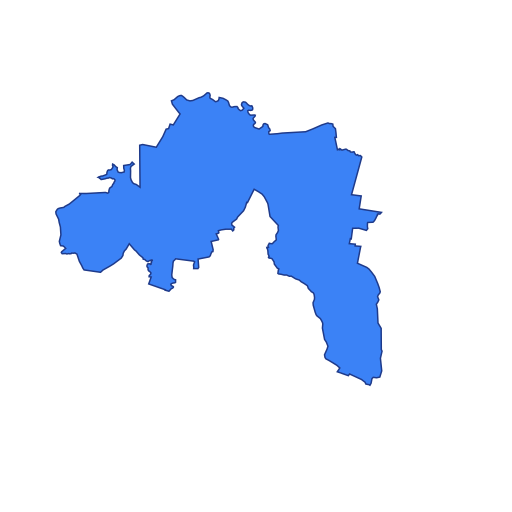 outline of Sebis, Arad, Romania, rotated 139°
{"feature_id": "2599482B59578062471496", "entity_name": "Sebis", "entity_type": "district", "adm_level": 2, "iso_a3": "ROU", "parent_name": "Romania", "parent_adm1": "Arad", "projection": "albers", "projection_center": [22.139, 46.413], "detail": "fine", "context": "isolated", "style": "filled", "palette": "blue", "viewbox_px": 512, "rotation_deg": 139, "n_neighbors": 0, "source": "geoboundaries", "source_scale": "gbopen_adm2", "svg_char_len": 6159}
<svg xmlns="http://www.w3.org/2000/svg" viewBox="0 0 512 512"><g transform="rotate(139 256 256)"><path d="M311.9,417.8L313.5,417.0L315.0,415.6L316.0,415.8L319.5,417.1L320.6,418.0L321.8,418.2L322.2,418.7L323.5,418.9L323.0,418.1L323.1,417.2L322.8,416.8L322.7,415.3L319.3,413.3L317.6,412.6L316.2,411.6L315.0,411.3L313.9,409.5L313.8,408.5L313.0,408.1L312.5,407.0L312.5,406.0L313.1,405.3L313.7,405.0L314.8,404.8L315.6,404.2L317.1,404.0L319.3,402.9L320.7,403.2L322.0,403.2L323.8,402.1L325.4,400.6L326.7,400.7L327.9,402.7L343.2,414.6L348.5,419.3L347.7,417.6L349.3,417.3L362.7,417.7L367.7,418.8L369.2,418.8L372.3,420.7L374.1,421.5L375.1,421.6L376.4,421.3L378.1,420.7L379.3,418.9L380.8,413.3L382.6,410.3L384.6,406.2L389.4,399.9L394.8,396.1L395.8,394.3L396.7,392.0L395.0,390.1L394.7,388.8L394.6,386.6L399.9,386.7L400.7,386.3L400.8,384.9L398.0,382.7L397.4,381.6L396.0,380.9L395.2,379.9L394.6,379.6L394.2,379.1L393.2,379.1L391.5,377.5L390.7,377.2L389.9,374.9L392.8,367.9L393.9,362.9L394.6,360.6L394.9,358.3L384.0,345.7L380.6,345.8L372.9,344.2L368.6,343.5L359.1,342.8L356.1,343.7L354.4,345.2L351.9,346.2L349.5,346.4L343.6,348.4L343.7,340.4L343.3,338.5L343.3,333.4L342.5,328.9L343.2,327.6L342.2,326.3L342.1,324.7L341.7,323.5L341.2,322.6L339.4,322.4L337.1,321.3L337.3,320.6L338.6,320.6L339.2,319.6L339.7,319.6L340.5,318.7L341.0,318.7L341.3,319.8L342.7,321.0L343.4,321.0L344.8,320.1L345.3,319.3L345.2,317.9L346.5,316.4L346.8,315.1L346.4,314.4L346.4,312.1L347.5,311.4L349.4,311.3L350.3,310.5L348.9,308.9L355.3,305.3L346.6,290.0L347.0,289.8L344.8,286.5L341.2,286.9L340.2,286.5L339.2,286.5L338.6,286.8L338.5,287.2L339.0,288.6L339.4,289.0L338.8,290.6L337.2,290.4L336.0,289.8L334.8,289.0L334.0,288.9L332.3,290.8L333.0,291.8L333.3,292.8L333.4,294.2L333.4,294.8L332.0,297.0L325.3,303.1L323.2,305.2L321.7,306.3L319.6,306.4L318.5,306.6L306.4,293.0L306.1,291.9L309.1,290.2L310.4,288.3L311.3,287.4L308.1,284.6L306.7,285.0L301.7,291.7L292.0,286.1L290.3,286.2L288.5,287.3L286.5,288.1L285.6,287.6L284.2,288.9L280.3,296.4L273.8,292.9L273.3,293.1L271.5,298.8L269.5,297.9L268.8,297.9L267.8,299.8L264.9,298.4L261.3,296.1L257.0,292.4L257.1,290.2L255.6,290.3L254.6,291.6L253.3,291.8L253.9,295.2L253.0,296.6L251.9,297.0L246.4,296.6L244.3,297.5L235.7,298.3L232.1,299.8L227.8,302.6L227.4,301.9L213.6,307.6L211.9,302.7L210.8,298.7L210.9,295.3L212.5,288.3L213.1,287.0L219.5,276.6L219.1,264.4L220.4,263.4L222.4,260.5L224.5,259.5L226.9,258.9L228.0,257.9L230.0,255.0L230.9,254.8L232.5,254.9L235.6,254.6L236.7,255.6L237.6,256.9L239.8,256.1L240.6,255.5L240.8,254.4L241.8,254.6L242.3,255.3L242.6,254.8L242.7,253.9L243.5,252.3L245.7,249.4L245.9,248.4L246.4,247.1L247.4,246.9L247.5,245.9L246.4,244.7L245.7,243.5L246.2,239.8L247.5,237.8L247.9,232.8L247.2,231.5L247.3,231.2L248.4,230.7L250.9,228.5L250.7,227.6L249.0,225.7L247.3,223.2L245.4,221.6L244.1,218.8L242.6,217.7L241.1,212.8L239.1,209.4L238.8,206.9L237.8,204.0L236.7,199.9L237.8,197.1L237.6,193.5L237.7,192.9L236.9,190.6L237.4,188.8L239.1,186.2L240.4,184.9L243.6,183.3L245.1,181.3L248.1,175.0L249.1,172.4L249.3,171.0L248.5,166.5L249.0,163.9L249.6,161.9L250.2,160.9L253.2,158.0L259.0,148.0L259.4,144.9L260.9,140.7L263.5,139.1L269.1,136.5L270.5,134.1L270.7,132.5L269.6,129.7L266.7,120.6L266.2,116.5L270.6,115.3L264.8,105.1L262.8,105.6L257.4,93.6L256.5,89.2L257.1,87.3L255.1,84.7L254.8,83.7L252.6,84.5L248.9,87.4L247.1,87.5L244.9,85.0L242.0,83.4L236.5,86.8L229.2,97.2L223.3,101.5L222.8,103.2L209.0,119.3L207.9,125.4L199.1,136.5L196.8,140.7L194.6,141.2L192.1,142.3L190.9,145.6L189.3,146.4L186.9,146.8L185.7,147.5L183.8,151.3L182.2,155.4L179.8,162.7L179.4,167.9L179.3,172.1L179.9,174.8L184.2,184.0L171.5,193.9L170.6,194.5L174.6,198.6L173.3,199.8L177.5,204.1L173.4,207.2L172.9,206.4L164.9,213.5L160.2,209.6L155.9,202.9L153.7,203.3L152.9,204.7L152.3,205.5L150.3,207.7L149.7,208.0L145.6,204.8L145.2,204.7L143.2,205.0L140.5,206.0L138.4,207.0L138.1,206.9L137.4,207.2L137.2,207.7L136.9,207.9L136.0,207.6L135.7,206.9L134.7,206.3L132.7,206.6L147.2,223.9L137.2,232.3L143.7,239.6L111.2,261.3L111.3,263.3L112.8,264.4L112.8,265.8L113.9,266.1L114.3,267.2L114.0,269.2L113.6,270.2L114.2,270.8L115.0,271.1L116.3,272.3L116.5,273.0L116.2,273.7L117.4,275.3L117.7,277.2L118.2,277.8L121.6,279.5L121.9,280.1L122.0,281.3L122.3,281.9L123.0,281.2L123.6,281.6L123.5,282.3L124.0,282.7L124.8,282.8L118.7,293.8L117.5,292.8L114.9,296.4L112.5,300.0L112.8,303.2L111.5,305.2L112.4,306.6L113.8,307.9L114.4,309.2L120.2,311.7L129.9,314.7L137.0,317.2L155.6,331.6L159.4,334.1L166.1,339.1L166.0,339.9L164.8,341.5L163.1,341.3L162.3,342.8L162.3,344.6L161.1,347.4L161.7,348.8L162.3,350.1L163.6,350.7L164.7,350.3L165.9,349.3L170.4,349.8L172.7,353.8L172.9,355.0L172.7,355.9L172.0,356.6L171.1,356.9L170.5,356.7L169.1,356.9L168.7,357.4L168.7,360.2L168.3,361.4L167.4,361.9L165.1,362.1L164.2,362.7L164.6,363.4L167.8,365.9L168.1,367.2L167.9,369.5L167.0,371.0L166.7,371.1L166.0,370.9L165.0,370.0L164.7,369.5L163.3,368.7L162.6,368.7L161.9,369.2L161.1,370.3L161.0,370.8L160.6,371.7L160.7,372.2L161.4,372.4L162.4,374.0L162.8,375.8L162.9,378.4L163.2,379.3L164.5,380.7L166.0,380.8L167.5,379.9L168.1,379.0L168.2,377.1L168.2,375.5L170.5,375.1L171.3,375.3L172.4,375.9L172.7,377.3L172.8,378.8L172.7,379.4L172.3,379.8L172.3,381.3L174.4,383.0L176.5,384.0L177.1,384.8L177.3,385.6L177.3,387.0L176.0,389.9L175.6,391.5L176.3,393.8L177.4,396.6L179.8,399.8L180.9,398.8L182.5,398.0L184.2,398.4L185.4,399.1L186.1,402.6L187.1,405.0L186.6,406.3L185.5,407.0L184.6,408.5L184.5,409.8L185.1,410.6L185.9,411.2L190.4,411.2L193.4,411.9L195.1,412.8L201.6,414.8L204.1,416.4L205.9,419.2L206.2,422.8L206.6,425.0L207.1,426.3L208.7,427.2L210.6,427.7L215.4,427.7L218.0,428.6L219.5,425.4L220.1,415.2L220.1,413.0L232.4,409.2L234.3,411.9L238.4,409.5L240.6,410.7L248.1,407.2L259.9,403.5L268.4,414.5L271.1,415.9L298.4,384.0L299.4,388.4L300.8,390.8L301.0,392.5L300.3,395.5L299.3,397.5L294.8,402.5L293.3,404.5L291.7,405.6L287.6,405.3L287.9,408.1L290.9,407.6L296.5,411.1L298.2,409.0L299.2,406.9L300.4,405.9L303.1,407.3L304.4,408.7L305.0,409.8L304.2,412.3L302.7,413.7L303.2,415.4L303.3,418.0L303.9,419.4L304.8,418.6L305.3,417.2L306.9,416.5L308.7,416.2L310.0,416.9L311.0,417.8L311.9,417.8Z" fill="#3b82f6" stroke="#1e3a8a" stroke-width="1.5"/></g></svg>